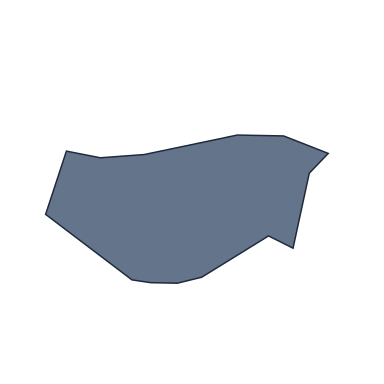 outline of Bistrica ob Sotli, rotated 328°
{"feature_id": "SVN-255", "entity_name": "Bistrica ob Sotli", "entity_type": "Municipality", "adm_level": 1, "iso_a3": "SVN", "parent_name": "Slovenia", "parent_adm1": "", "projection": "natural_earth1", "projection_center": [15.648, 46.051], "detail": "fine", "context": "isolated", "style": "filled", "palette": "slate", "viewbox_px": 384, "rotation_deg": 328, "n_neighbors": 0, "source": "natural_earth", "source_scale": "10m", "svg_char_len": 370}
<svg xmlns="http://www.w3.org/2000/svg" viewBox="0 0 384 384"><g transform="rotate(328 192 192)"><path d="M107.2,90.8L132.4,114.4L171.3,134.9L260.6,167.7L299.4,193.0L328.0,231.5L327.1,231.7L301.4,238.2L247.9,293.2L233.6,269.8L155.0,269.4L131.3,261.6L108.9,247.0L94.5,234.7L56.0,133.4L106.9,91.0L107.2,90.8Z" fill="#64748b" stroke="#1e293b" stroke-width="1.5"/></g></svg>